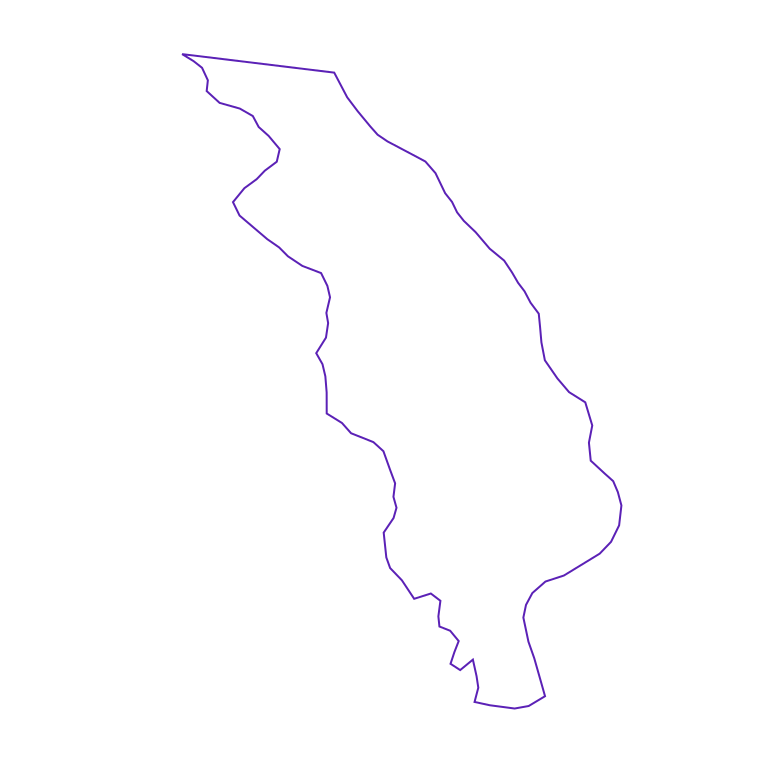 outline of Ivatuba, Paraná, Brazil, rotated 280°
{"feature_id": "56859067B29429577410082", "entity_name": "Ivatuba", "entity_type": "district", "adm_level": 2, "iso_a3": "BRA", "parent_name": "Brazil", "parent_adm1": "Paraná", "projection": "albers", "projection_center": [-52.183, -23.588], "detail": "fine", "context": "isolated", "style": "outline", "palette": "violet", "viewbox_px": 768, "rotation_deg": 280, "n_neighbors": 0, "source": "geoboundaries", "source_scale": "gbopen_adm2", "svg_char_len": 1481}
<svg xmlns="http://www.w3.org/2000/svg" viewBox="0 0 768 768"><g transform="rotate(280 384 384)"><path d="M86.6,528.4L86.0,544.0L87.1,569.0L92.0,582.4L104.5,596.8L119.4,589.6L140.0,579.6L155.3,571.0L178.2,561.8L191.1,562.2L203.9,566.4L217.5,577.3L226.6,594.4L254.4,625.9L268.0,635.0L285.6,640.1L305.6,638.9L318.1,633.1L328.1,626.6L334.0,617.1L344.4,600.9L361.8,596.0L379.3,596.3L400.9,585.4L408.1,567.7L419.6,553.8L435.3,538.3L452.3,531.8L467.6,527.7L480.1,524.2L489.5,514.2L499.7,506.3L506.9,498.5L516.0,490.8L526.4,480.9L535.6,464.6L549.4,447.9L558.5,434.3L565.7,426.2L575.1,419.4L582.5,411.1L600.6,398.1L610.3,386.1L615.9,368.9L623.5,345.3L628.4,334.4L635.4,325.6L648.0,310.8L659.9,298.0L682.0,280.9L673.8,127.9L668.9,140.4L663.8,149.9L652.5,157.8L641.7,158.5L632.3,173.3L630.2,194.2L625.1,208.3L615.3,216.0L608.3,227.3L597.2,240.5L584.3,239.8L573.4,229.6L563.7,223.1L552.6,212.5L536.9,203.7L524.8,212.5L515.4,228.5L506.3,244.0L500.3,257.0L493.1,267.2L486.1,283.1L482.3,302.8L470.8,311.2L460.0,315.8L444.0,314.9L434.3,318.4L419.6,318.8L402.6,311.9L392.8,320.0L381.4,324.9L365.7,329.0L345.0,332.7L338.3,349.4L329.8,360.1L324.9,383.7L317.7,395.1L300.2,405.1L288.1,412.2L274.5,412.9L264.3,417.8L253.7,416.7L237.6,409.5L213.6,416.4L203.8,422.0L193.8,435.7L177.7,451.0L185.8,466.5L180.3,477.2L164.6,477.9L154.8,480.7L152.5,492.0L143.8,502.2L132.3,499.9L120.0,498.1L115.5,508.7L128.0,519.4L112.3,525.9L101.3,529.6L86.6,528.4Z" fill="none" stroke="#5b21b6" stroke-width="2"/></g></svg>